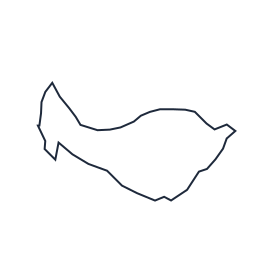 Agioi Trimithias, Nicosia, Cyprus, rotated 225°
{"feature_id": "46923920B49674797191494", "entity_name": "Agioi Trimithias", "entity_type": "district", "adm_level": 2, "iso_a3": "CYP", "parent_name": "Cyprus", "parent_adm1": "Nicosia", "projection": "orthographic", "projection_center": [33.238, 35.108], "detail": "fine", "context": "isolated", "style": "outline", "palette": "slate", "viewbox_px": 256, "rotation_deg": 225, "n_neighbors": 0, "source": "geoboundaries", "source_scale": "gbopen_adm2", "svg_char_len": 670}
<svg xmlns="http://www.w3.org/2000/svg" viewBox="0 0 256 256"><g transform="rotate(225 128 128)"><path d="M193.4,66.0L177.3,60.3L172.1,54.2L157.0,54.2L166.8,68.6L148.7,70.1L130.6,74.6L122.4,78.4L112.6,83.0L102.0,83.0L91.5,83.0L75.6,88.3L57.6,95.8L53.8,104.9L46.3,107.2L42.5,126.1L47.0,147.3L43.2,154.9L44.0,167.7L46.2,180.6L50.8,190.4L50.0,201.8L60.6,200.3L65.8,188.2L75.6,186.7L92.2,186.7L100.5,181.4L109.5,173.0L118.6,163.9L123.9,154.9L127.6,145.8L128.4,136.7L133.7,123.1L139.7,114.0L148.0,104.9L163.8,96.6L172.8,98.9L183.4,100.4L198.4,101.9L213.5,106.4L212.0,95.1L207.5,85.2L199.9,76.9L192.4,67.1L193.4,66.0Z" fill="none" stroke="#1e293b" stroke-width="2"/></g></svg>